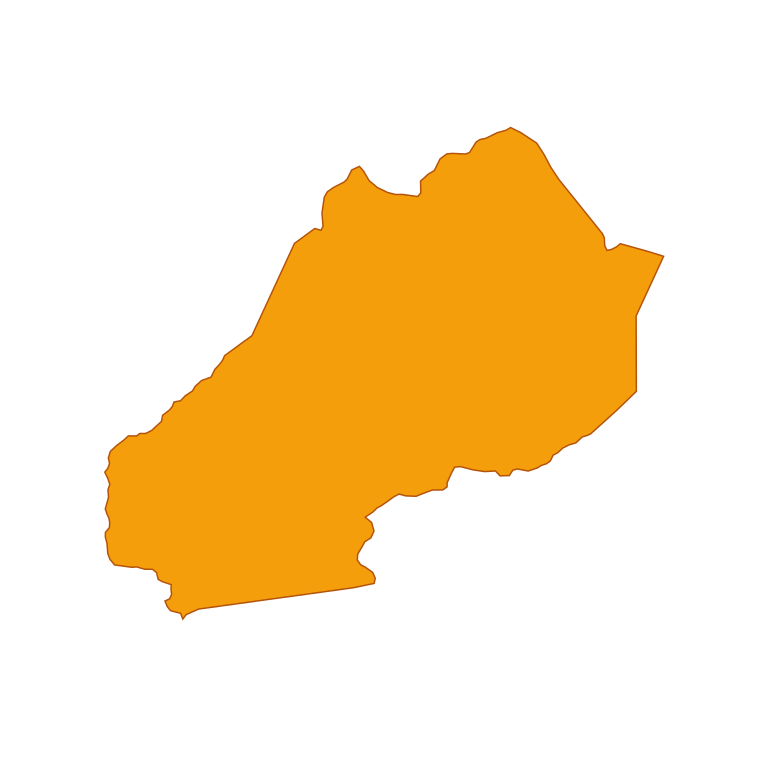 Mirandiba, Pernambuco, Brazil, rotated 106°
{"feature_id": "56859067B27130243825859", "entity_name": "Mirandiba", "entity_type": "district", "adm_level": 2, "iso_a3": "BRA", "parent_name": "Brazil", "parent_adm1": "Pernambuco", "projection": "natural_earth1", "projection_center": [-38.712, -8.157], "detail": "fine", "context": "isolated", "style": "filled", "palette": "amber", "viewbox_px": 768, "rotation_deg": 106, "n_neighbors": 0, "source": "geoboundaries", "source_scale": "gbopen_adm2", "svg_char_len": 2247}
<svg xmlns="http://www.w3.org/2000/svg" viewBox="0 0 768 768"><g transform="rotate(106 384 384)"><path d="M632.2,593.1L629.7,575.9L628.0,571.3L628.0,562.9L625.9,555.4L628.0,550.6L634.0,547.3L635.1,542.8L635.5,533.3L640.1,532.1L644.8,530.2L649.5,530.8L653.0,534.7L657.7,531.0L660.7,526.8L660.5,516.3L665.4,512.6L660.2,510.6L651.4,500.1L588.1,356.9L578.4,338.5L573.1,338.9L568.3,342.9L565.3,351.2L564.2,356.6L560.6,361.1L554.8,362.4L546.0,360.1L540.8,358.9L535.5,354.2L528.1,353.1L520.6,357.7L517.2,365.4L510.1,359.4L505.2,356.6L501.5,352.9L495.8,348.2L490.0,343.7L485.6,339.2L485.6,332.4L483.1,322.2L479.8,318.0L476.4,313.5L472.6,308.3L469.6,298.3L465.5,295.0L461.5,296.1L450.6,294.5L444.4,293.1L442.3,287.6L442.0,274.9L440.5,263.3L436.9,252.9L440.3,247.1L437.5,238.3L431.3,236.4L428.9,232.4L427.9,221.4L425.0,217.2L422.5,213.6L418.8,210.2L416.0,206.0L412.1,202.9L405.8,201.8L402.1,198.0L396.3,194.5L391.4,189.2L387.7,183.3L380.2,178.8L377.8,175.0L375.1,171.7L344.9,152.9L321.5,139.4L249.1,160.4L219.3,155.8L184.2,150.4L183.8,166.6L184.0,195.5L188.1,198.3L192.0,202.5L194.1,206.4L190.3,209.9L182.8,212.5L179.3,215.5L139.1,272.4L129.6,283.5L119.6,293.1L116.3,296.8L110.3,303.7L104.5,322.4L102.6,333.0L106.5,336.7L111.2,344.4L119.8,353.9L122.6,359.2L126.0,362.1L137.9,365.6L140.4,368.9L143.5,381.9L145.4,386.9L152.0,392.1L165.0,394.5L169.8,399.1L178.9,404.8L190.1,401.3L194.5,403.3L196.7,418.6L198.7,425.3L198.9,433.4L197.0,444.5L192.6,454.4L185.1,462.2L181.6,467.6L187.1,474.0L197.2,475.9L200.8,478.0L209.0,486.7L214.8,491.4L221.0,492.9L236.9,490.7L249.1,486.1L253.6,486.9L253.6,493.4L269.5,505.7L273.5,508.8L361.0,522.3L374.0,524.3L384.5,532.5L400.6,545.0L405.5,545.7L410.0,547.3L416.5,550.6L425.1,552.2L430.8,560.2L438.2,564.8L443.5,566.2L450.0,571.7L456.2,575.0L459.2,580.9L463.7,581.2L468.2,583.1L475.1,588.2L481.3,587.6L487.5,591.4L492.5,594.4L497.2,599.4L498.9,605.1L502.2,607.6L504.3,615.4L509.6,618.6L517.0,624.2L524.3,628.5L531.0,628.6L536.1,625.9L541.3,626.3L545.7,628.1L550.7,623.6L556.1,619.9L561.7,620.2L568.8,617.6L575.0,617.5L580.9,617.5L585.1,614.6L589.0,611.3L593.0,609.4L597.8,608.4L603.5,610.9L607.9,609.7L613.4,606.4L618.2,604.6L622.9,602.9L628.0,599.2L632.2,593.1Z" fill="#f59e0b" stroke="#b45309" stroke-width="1.5"/></g></svg>